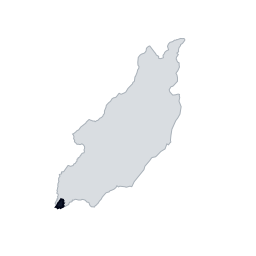 Cengel, Bayan-Ölgiy, Mongolia (highlighted), rotated 302°
{"feature_id": "93677404B33913875876720", "entity_name": "Cengel", "entity_type": "district", "adm_level": 2, "iso_a3": "MNG", "parent_name": "Mongolia", "parent_adm1": "Bayan-Ölgiy", "projection": "natural_earth1", "projection_center": [88.102, 48.774], "detail": "fine", "context": "in_parent", "style": "filled", "palette": "ink", "viewbox_px": 256, "rotation_deg": 302, "n_neighbors": 0, "source": "geoboundaries", "source_scale": "gbopen_adm2", "svg_char_len": 5183}
<svg xmlns="http://www.w3.org/2000/svg" viewBox="0 0 256 256"><g transform="rotate(302 128 128)"><path d="M23.1,108.4L23.8,108.4L25.0,107.7L25.1,106.6L25.5,106.1L28.4,105.8L29.6,106.1L29.8,105.4L30.1,105.3L30.8,105.9L31.4,105.6L31.9,105.4L32.3,104.6L33.3,104.7L34.9,103.9L34.9,102.3L35.5,102.0L37.0,101.7L37.2,101.0L37.5,100.8L38.6,100.6L40.5,99.8L41.3,99.7L42.0,99.0L43.7,98.1L46.2,97.7L46.4,97.2L48.7,95.8L51.2,95.8L51.8,94.6L52.2,94.4L53.9,95.9L54.7,95.7L54.9,95.1L55.9,95.1L56.4,96.2L57.0,96.6L64.4,97.0L64.6,97.3L65.1,99.7L66.5,100.8L66.9,101.3L68.9,101.2L70.1,102.1L71.8,102.0L72.7,102.3L74.4,101.4L74.8,101.4L75.4,101.9L76.2,101.5L77.8,102.4L79.1,102.2L79.7,102.5L80.4,102.3L82.2,102.5L83.7,103.8L84.6,103.7L85.8,102.8L86.0,102.3L87.7,102.0L88.7,101.4L89.3,100.9L90.1,99.1L90.2,97.2L89.4,96.9L88.6,96.2L88.1,95.2L88.0,94.5L87.2,93.5L87.2,92.9L87.6,92.0L87.8,90.5L88.3,89.6L89.5,89.2L89.6,88.6L90.2,87.5L92.0,86.8L93.0,85.5L93.5,84.2L94.4,84.9L96.9,85.8L98.9,86.2L100.2,87.2L103.7,87.4L109.7,89.6L110.9,89.5L114.4,90.4L114.7,90.8L114.8,92.4L115.1,92.9L115.3,94.7L116.1,95.6L115.9,96.7L116.3,97.1L117.1,97.2L118.6,98.4L121.7,99.1L122.7,99.9L124.8,100.4L125.9,100.1L127.7,100.3L128.3,100.1L129.4,99.3L130.1,99.0L134.1,98.3L135.1,97.8L135.9,97.6L139.1,98.2L141.4,99.0L144.5,99.0L146.1,99.9L146.8,100.8L148.1,101.6L152.5,102.0L152.8,102.2L152.9,104.1L153.1,104.4L156.1,106.5L157.5,107.1L161.5,107.0L167.9,108.4L169.3,108.0L170.7,108.6L171.2,108.6L175.1,106.8L175.7,107.0L179.8,106.3L182.4,105.4L184.4,105.5L186.0,104.7L186.5,103.2L188.9,101.5L193.3,99.3L196.2,99.6L198.0,100.4L199.9,102.0L201.0,102.4L202.9,102.5L205.4,101.4L206.8,101.7L208.2,102.2L209.1,103.0L206.0,111.1L206.0,111.6L204.9,113.3L205.0,116.0L203.4,117.0L203.8,118.5L204.3,119.1L206.3,120.7L206.9,120.5L207.3,119.8L208.3,119.2L210.1,119.4L211.7,119.1L213.8,119.7L215.8,121.0L218.2,118.2L220.6,117.8L222.9,118.2L224.9,120.1L227.1,120.9L227.8,122.0L228.7,122.4L229.0,123.0L231.8,125.1L232.5,126.6L233.3,127.6L233.5,128.6L233.3,129.1L232.4,129.7L228.7,129.4L226.5,128.4L225.8,128.9L223.1,128.7L221.6,129.2L220.6,129.6L220.0,130.2L219.6,130.4L219.1,130.4L218.2,129.8L217.5,129.8L217.3,130.0L217.0,131.7L214.7,131.7L213.9,131.5L212.0,132.3L211.8,133.0L210.9,133.9L210.1,135.7L210.4,136.4L210.2,136.9L208.6,137.9L207.0,139.3L203.7,139.8L202.1,139.9L200.9,139.6L199.7,139.8L198.9,141.4L196.9,143.3L193.8,145.2L187.9,144.1L187.1,143.8L185.8,142.6L182.4,142.6L181.5,143.4L180.7,144.6L179.6,148.4L181.2,150.6L182.9,152.1L183.6,153.1L183.7,153.9L182.6,154.3L181.3,155.7L177.8,157.0L174.2,161.8L167.3,164.7L162.9,164.9L159.5,164.6L150.2,165.9L144.3,168.4L139.9,170.6L139.0,171.6L138.5,171.8L137.7,171.4L135.2,171.3L135.1,169.4L129.9,170.5L125.5,168.3L119.3,167.0L118.0,166.5L115.8,164.1L114.7,163.8L112.0,163.7L104.5,162.6L101.1,163.6L85.8,161.7L80.4,162.3L80.1,162.1L79.7,160.5L77.1,158.2L76.7,157.6L76.6,156.7L74.3,151.9L73.0,151.2L73.1,149.2L71.1,149.3L68.8,148.6L66.5,147.1L65.4,146.1L63.8,145.8L61.7,143.9L60.8,143.6L55.9,142.8L53.5,143.0L50.9,142.5L48.0,142.5L47.0,142.1L46.2,142.1L44.4,141.3L43.3,141.5L41.8,138.7L42.1,137.0L42.7,136.0L44.0,134.4L44.0,133.8L43.4,132.5L44.1,130.0L43.8,128.5L43.1,126.8L42.0,126.3L40.6,124.0L40.1,122.2L39.5,120.9L38.0,120.2L37.5,119.1L37.0,119.0L36.7,119.4L35.9,119.5L34.9,118.8L34.4,118.0L33.9,117.8L32.9,117.9L32.1,118.2L31.1,118.0L30.2,117.3L28.0,116.2L27.9,115.4L27.6,114.9L27.0,114.7L26.3,114.2L24.1,113.5L24.1,113.1L24.7,112.2L23.2,111.5L22.6,110.8L23.4,109.8L23.1,109.1L23.1,108.4Z" fill="#d9dde1" stroke="#a8b0b8" stroke-width="1"/><path d="M27.8,115.0L27.8,114.9L27.9,114.7L28.0,114.7L28.2,114.4L28.1,114.2L28.1,113.9L28.3,113.8L28.2,113.7L28.3,113.7L28.5,113.7L28.8,113.6L28.9,113.4L29.0,113.3L29.0,113.2L29.3,112.9L29.5,112.8L29.6,113.0L29.7,113.3L29.6,113.5L29.8,113.6L30.0,113.6L29.9,113.5L29.9,113.4L30.1,113.2L30.3,113.1L30.5,112.9L30.7,112.7L30.7,112.4L30.8,112.3L30.8,112.2L31.0,112.2L31.3,111.9L31.5,111.8L31.5,111.7L32.0,111.7L32.2,111.9L32.3,111.4L32.9,111.1L32.9,110.7L32.9,110.4L32.6,110.1L32.2,109.6L32.3,109.3L32.1,109.3L32.1,109.2L32.0,109.3L31.9,109.2L31.7,109.1L31.6,108.9L31.4,108.8L31.1,108.7L31.0,108.8L30.7,108.6L30.1,108.6L30.1,109.0L29.8,109.0L29.4,109.0L29.1,108.7L28.8,108.6L28.2,108.6L27.7,108.3L27.3,108.4L26.5,108.4L26.1,108.5L25.4,108.6L24.9,108.6L24.7,108.7L24.3,108.6L24.2,108.6L23.1,108.5L23.3,108.7L23.3,108.8L23.3,109.0L23.2,109.0L23.3,109.1L23.3,109.3L23.2,109.3L23.2,109.5L23.3,109.5L23.5,109.6L23.4,109.7L23.4,109.8L23.5,109.8L23.4,109.8L23.5,109.9L23.6,110.0L23.4,110.0L23.2,110.2L23.0,110.3L22.9,110.3L22.7,110.4L22.7,110.5L22.5,110.8L22.8,110.9L22.9,111.0L23.0,111.1L22.9,111.2L23.0,111.3L23.2,111.5L23.3,111.5L23.3,111.4L23.4,111.5L23.5,111.5L23.8,111.8L23.9,111.7L24.0,111.7L24.2,111.8L24.3,111.8L24.5,112.0L24.8,112.1L24.8,112.3L24.7,112.3L24.6,112.5L24.4,112.6L24.4,112.8L24.2,113.0L24.1,113.3L24.3,113.4L24.4,113.5L24.5,113.5L24.8,113.5L25.0,113.6L25.2,113.8L25.3,113.8L25.5,114.0L25.5,113.9L25.8,113.9L25.9,114.0L26.0,114.0L26.3,114.1L26.5,114.2L26.6,114.3L26.5,114.5L26.8,114.6L27.0,114.7L27.1,114.9L27.3,114.8L27.4,114.7L27.5,114.7L27.6,114.8L27.6,115.0L27.8,115.0Z" fill="#0f172a" stroke="#020617" stroke-width="1.5"/></g></svg>